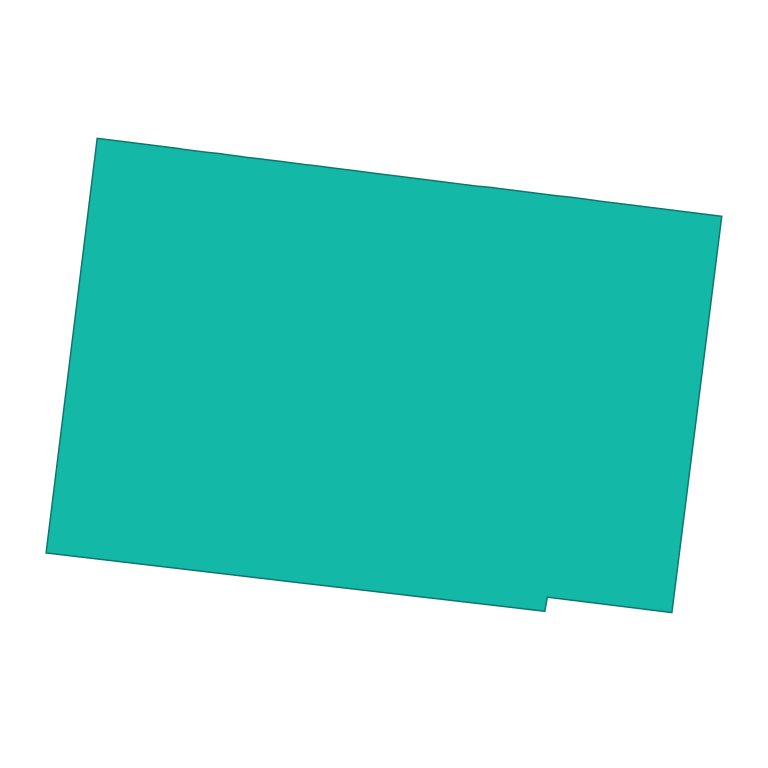 Lincoln, Minnesota, United States of America, rotated 97°
{"feature_id": "52423323B75783073746955", "entity_name": "Lincoln", "entity_type": "district", "adm_level": 2, "iso_a3": "USA", "parent_name": "United States of America", "parent_adm1": "Minnesota", "projection": "equal_earth", "projection_center": [-96.406, 44.414], "detail": "fine", "context": "isolated", "style": "filled", "palette": "teal", "viewbox_px": 768, "rotation_deg": 97, "n_neighbors": 0, "source": "geoboundaries", "source_scale": "gbopen_adm2", "svg_char_len": 634}
<svg xmlns="http://www.w3.org/2000/svg" viewBox="0 0 768 768"><g transform="rotate(97 384 384)"><path d="M176.1,196.0L175.8,220.3L176.1,234.6L176.1,249.2L175.9,298.1L175.8,301.3L176.3,316.4L176.2,343.7L176.0,418.8L175.9,427.6L175.8,461.6L175.7,469.3L175.7,483.1L175.9,487.6L175.8,489.9L175.7,508.1L175.6,511.2L175.7,529.5L175.6,531.3L175.8,550.8L175.6,553.2L175.5,569.6L175.3,573.9L175.6,589.5L175.6,593.8L175.5,613.7L175.3,614.7L175.1,698.4L175.1,698.6L592.9,698.8L591.6,445.2L590.0,196.7L575.7,195.9L575.8,70.4L176.4,69.2L176.4,69.4L176.4,70.1L176.2,195.4L176.1,196.0Z" fill="#14b8a6" stroke="#0f766e" stroke-width="1.5"/></g></svg>